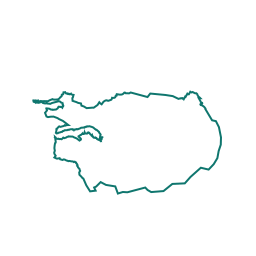 Sunndal nor, Møre og Romsdal, Norway, rotated 315°
{"feature_id": "86288312B1434706694830", "entity_name": "Sunndal nor", "entity_type": "district", "adm_level": 2, "iso_a3": "NOR", "parent_name": "Norway", "parent_adm1": "Møre og Romsdal", "projection": "orthographic", "projection_center": [8.529, 62.636], "detail": "fine", "context": "isolated", "style": "outline", "palette": "teal", "viewbox_px": 256, "rotation_deg": 315, "n_neighbors": 0, "source": "geoboundaries", "source_scale": "gbopen_adm2", "svg_char_len": 5483}
<svg xmlns="http://www.w3.org/2000/svg" viewBox="0 0 256 256"><g transform="rotate(315 128 128)"><path d="M112.9,66.1L112.0,64.8L111.7,63.8L111.9,63.4L110.7,63.1L110.4,62.5L110.5,62.2L110.2,61.7L109.9,61.9L109.6,61.7L109.4,61.1L109.4,60.4L108.7,60.0L108.7,58.9L108.9,58.2L108.2,57.8L107.6,57.2L106.2,58.2L105.7,58.2L105.0,57.7L104.4,57.8L104.0,58.3L103.5,58.6L101.5,58.4L100.1,58.6L98.6,58.2L96.3,56.2L95.1,54.7L95.0,54.2L92.0,52.9L90.7,52.6L89.7,51.9L89.3,51.3L88.8,51.0L88.5,50.5L86.1,48.2L85.4,47.2L84.1,46.9L84.3,47.0L84.2,47.2L84.2,47.3L84.9,47.9L84.8,48.1L85.2,48.2L85.6,48.8L85.6,49.5L85.5,49.8L85.8,50.3L85.7,50.5L85.8,50.7L86.2,51.0L86.6,51.9L87.3,52.5L88.0,52.7L88.1,53.3L88.4,53.5L88.6,54.2L89.4,54.9L90.0,55.9L92.0,56.6L98.1,60.2L98.4,60.8L98.7,61.5L98.7,62.8L99.1,63.4L99.2,64.1L99.1,64.5L98.6,65.3L98.2,65.3L98.1,65.5L98.4,65.4L98.2,65.7L98.0,65.4L98.2,66.0L98.1,66.4L97.5,66.8L97.1,66.7L95.9,67.2L95.9,66.5L95.7,65.9L95.2,65.5L95.1,65.1L94.7,64.9L94.2,64.0L93.5,63.9L92.2,64.4L90.3,64.1L87.7,62.0L87.7,61.8L87.4,61.6L87.3,61.2L86.6,60.6L86.0,58.7L84.3,56.5L84.1,56.4L83.1,58.3L80.1,58.6L78.5,62.2L79.1,63.7L81.4,65.4L83.4,67.3L85.1,71.0L85.4,72.1L85.4,72.5L87.0,77.0L87.9,83.7L86.8,82.7L85.4,82.0L85.3,81.3L84.1,81.2L81.0,79.4L80.5,78.2L78.6,78.1L77.4,78.4L76.9,78.0L76.5,78.2L75.6,79.2L73.6,80.4L73.6,81.2L74.1,81.4L74.1,81.6L74.7,82.1L75.6,82.2L76.7,83.0L77.9,83.5L78.5,84.1L79.6,84.0L80.3,84.6L81.5,84.7L83.4,86.5L84.1,86.7L84.6,87.0L84.8,87.5L86.1,88.0L87.5,89.2L88.0,89.7L87.8,90.2L88.4,90.7L88.3,91.2L88.7,91.1L88.8,91.2L88.8,91.4L89.7,91.6L90.0,92.2L90.9,92.4L91.3,92.8L91.5,93.4L92.9,93.9L93.3,94.2L95.1,94.7L96.9,96.3L97.8,96.6L98.0,96.8L97.9,97.0L98.9,97.2L99.4,97.5L99.6,97.9L100.3,97.9L100.9,98.7L102.0,99.5L103.2,101.7L103.8,103.2L103.9,105.3L104.1,105.8L104.0,106.4L104.5,107.0L104.6,109.0L104.7,109.4L104.6,109.9L104.7,110.2L104.3,111.1L104.2,112.0L104.2,112.6L103.9,113.4L102.8,113.9L102.7,114.1L102.4,114.2L101.6,114.8L102.4,115.5L102.5,115.6L102.1,115.6L102.7,116.1L102.1,116.4L103.0,116.1L103.3,116.4L103.8,116.5L103.4,116.5L102.8,116.2L102.4,116.5L101.7,116.5L101.4,116.6L101.8,116.6L101.7,116.7L101.9,116.8L101.6,116.9L100.8,116.7L101.4,117.3L101.8,117.3L101.4,117.4L100.9,117.1L101.1,117.6L101.1,117.8L101.0,117.4L100.9,117.6L100.9,117.4L100.8,117.1L100.7,117.0L100.7,117.5L100.5,117.0L100.4,116.8L100.1,116.7L100.0,116.4L99.8,116.1L100.1,116.8L100.4,116.8L100.4,117.2L100.9,117.9L100.2,116.9L100.3,117.3L100.7,118.0L100.0,117.5L99.8,117.8L99.6,117.3L99.4,117.4L99.4,116.2L98.7,115.5L98.7,114.5L98.4,114.2L98.3,113.9L98.6,112.7L98.5,112.4L98.3,112.3L98.3,111.9L97.8,111.8L97.7,111.6L97.8,111.3L97.1,110.9L96.9,110.4L96.9,110.1L97.2,109.1L96.9,108.9L96.9,108.7L97.4,107.9L97.0,108.0L96.8,107.7L97.1,106.4L96.9,105.9L97.2,104.0L96.9,103.1L96.3,102.8L95.8,103.2L95.1,103.0L94.1,101.9L93.9,101.3L94.1,100.8L93.6,101.2L92.5,101.0L91.9,100.4L91.9,100.0L92.1,99.7L90.0,99.7L89.5,99.4L87.1,98.9L87.0,99.1L87.0,100.5L87.1,101.4L87.0,101.7L87.1,102.0L86.9,102.6L86.2,102.9L84.8,102.6L84.4,99.4L83.8,97.7L83.3,96.7L82.9,95.2L82.4,94.4L81.6,93.8L81.1,93.0L80.4,92.5L80.2,92.0L79.6,91.9L78.9,91.3L77.7,91.1L75.7,90.1L75.4,89.5L75.5,89.1L75.4,89.0L74.0,89.1L73.1,89.0L72.4,87.9L71.5,87.2L71.2,86.3L70.7,86.1L70.0,85.2L69.8,83.6L70.0,83.4L69.9,83.2L70.0,83.2L70.0,82.8L67.1,86.7L66.4,87.2L65.8,87.1L65.3,87.4L63.9,88.4L61.7,90.2L60.2,92.3L58.3,93.3L57.7,94.3L57.2,96.5L55.1,96.8L55.9,99.1L56.4,99.7L58.3,101.0L57.9,102.1L59.1,104.3L60.4,104.8L61.0,105.8L61.5,107.5L62.1,108.4L62.3,109.2L63.2,109.8L64.4,111.6L65.0,112.2L65.4,112.8L65.6,113.8L66.4,114.0L66.6,114.3L66.6,114.8L66.9,115.7L66.5,116.0L66.4,116.7L66.5,117.2L66.1,118.5L65.9,118.8L65.3,118.8L65.2,119.8L64.8,120.6L64.8,122.5L64.2,123.5L63.8,124.5L62.1,124.9L60.6,126.7L60.6,129.5L60.4,131.2L60.7,132.1L58.0,139.0L56.4,146.0L60.8,149.4L62.0,146.1L64.0,146.9L70.4,146.9L72.2,152.7L77.7,160.3L74.5,167.2L79.1,169.6L82.1,173.0L98.1,182.3L98.0,185.7L99.1,189.7L108.5,197.7L119.8,198.9L129.0,207.3L137.6,206.8L151.4,207.6L155.6,214.4L163.0,214.2L169.9,212.5L175.8,208.4L181.8,205.4L187.1,200.4L192.9,191.7L195.0,185.3L192.9,182.0L196.1,169.3L196.5,169.1L196.8,167.1L196.7,166.0L196.4,164.4L195.7,163.2L195.8,162.6L196.2,162.4L197.3,163.1L198.0,163.0L198.2,162.6L198.0,162.1L197.7,161.8L197.9,160.9L198.2,160.2L199.1,157.0L200.2,158.1L200.2,156.9L200.0,155.9L200.3,154.2L200.9,153.0L200.9,152.0L200.8,151.6L200.4,151.4L200.0,150.9L199.3,148.9L199.2,148.3L198.0,147.7L197.7,146.4L194.9,147.2L194.2,146.6L194.2,145.7L190.8,146.7L190.7,146.2L188.0,147.0L188.1,146.7L188.0,146.3L187.4,145.9L187.6,145.4L187.1,145.1L187.0,144.8L186.1,144.3L186.1,144.1L184.3,143.1L182.2,137.1L177.8,131.1L168.1,119.4L163.7,119.9L155.0,104.8L153.3,104.3L150.9,101.7L151.0,101.5L150.9,100.8L150.5,100.4L148.6,100.4L147.4,100.0L146.5,99.3L145.5,98.3L144.7,97.1L143.9,96.1L143.4,96.3L143.0,97.0L142.8,97.1L141.9,96.6L140.8,97.2L139.9,97.1L138.4,95.9L138.1,95.4L137.0,96.0L136.2,96.2L133.4,94.9L132.7,94.0L132.6,93.4L131.5,92.6L129.3,92.1L126.1,92.6L125.8,91.0L125.9,89.5L122.7,90.2L118.1,89.4L117.4,88.6L112.8,84.7L112.0,81.5L110.9,79.3L112.1,77.4L110.5,75.0L109.8,73.1L108.0,69.6L109.8,67.5L110.6,67.4L112.9,66.1ZM80.6,41.6L80.3,41.8L80.3,42.3L80.1,42.5L80.3,42.7L80.0,43.1L80.4,43.7L80.6,44.5L81.0,44.9L80.9,45.1L81.6,45.3L82.0,46.2L82.8,47.2L83.3,47.1L83.9,46.6L84.1,46.8L84.0,46.5L84.1,46.2L83.5,45.5L83.8,44.9L82.6,44.4L82.4,44.0L82.5,43.7L82.1,43.1L81.5,42.7L80.6,41.6Z" fill="none" stroke="#0f766e" stroke-width="2"/></g></svg>